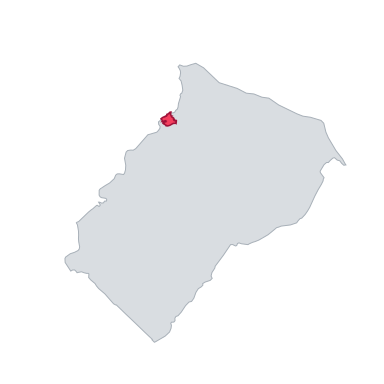 Hohoe Municipal, Volta, Ghana (highlighted), rotated 224°
{"feature_id": "2480657B20464126159243", "entity_name": "Hohoe Municipal", "entity_type": "district", "adm_level": 2, "iso_a3": "GHA", "parent_name": "Ghana", "parent_adm1": "Volta", "projection": "orthographic", "projection_center": [0.486, 7.154], "detail": "fine", "context": "in_parent", "style": "filled", "palette": "rose", "viewbox_px": 384, "rotation_deg": 224, "n_neighbors": 0, "source": "geoboundaries", "source_scale": "gbopen_adm2", "svg_char_len": 5521}
<svg xmlns="http://www.w3.org/2000/svg" viewBox="0 0 384 384"><g transform="rotate(224 192 192)"><path d="M234.3,53.2L237.1,55.8L237.7,57.3L236.7,63.0L234.6,67.0L233.3,70.8L233.5,72.6L234.7,74.5L238.9,77.5L241.1,79.4L243.7,82.3L246.6,85.1L251.6,88.8L253.8,89.5L253.7,90.5L253.0,91.9L252.5,105.6L252.1,109.2L251.7,111.0L251.3,116.1L250.7,116.8L249.8,116.8L248.9,117.0L248.7,118.0L249.0,119.0L252.1,119.8L251.4,120.5L249.2,121.3L248.1,122.8L248.6,124.6L247.3,126.0L247.7,126.9L248.5,127.6L249.8,127.4L253.3,125.0L254.8,124.7L256.6,125.2L260.0,128.8L260.2,130.6L258.8,136.7L257.5,141.3L257.2,147.6L258.6,151.1L258.4,153.0L256.9,154.6L253.4,157.0L253.6,158.7L255.2,161.7L258.2,165.2L264.0,169.4L267.1,174.9L267.1,177.1L265.4,179.4L263.3,181.3L262.6,184.1L263.5,202.5L258.9,210.5L258.9,212.8L259.3,215.5L260.6,217.1L262.9,217.5L264.8,219.1L264.2,224.7L263.1,230.4L263.0,233.2L262.4,234.5L260.6,235.6L259.9,237.4L260.4,239.6L260.1,241.3L261.0,243.4L263.1,246.1L266.5,252.7L267.8,253.2L268.4,254.6L268.0,255.9L269.3,258.8L273.1,261.8L277.0,264.3L280.2,264.7L281.0,267.0L283.1,269.9L284.6,271.1L287.0,272.0L289.0,272.4L289.1,274.9L285.5,276.5L283.1,279.1L281.2,282.9L278.7,287.2L269.9,289.4L266.5,289.4L248.4,289.5L231.4,297.9L221.6,300.8L215.6,305.5L207.5,308.8L201.9,312.9L190.2,314.8L170.9,321.1L164.9,323.6L158.8,328.0L148.9,333.1L145.0,333.0L137.3,328.1L131.5,325.7L117.3,321.8L106.7,320.3L101.6,318.7L100.1,318.4L101.4,316.7L104.3,316.6L107.4,317.1L109.8,315.8L113.3,315.7L114.2,314.3L114.5,310.8L114.4,307.9L115.7,306.7L116.0,303.4L114.3,296.0L113.1,295.1L106.9,294.0L106.5,292.5L105.4,291.0L104.2,287.2L102.9,281.5L100.8,274.4L96.7,262.8L95.7,258.7L95.0,254.5L94.9,249.5L95.8,247.7L95.7,245.1L95.3,242.5L98.3,236.7L104.1,229.5L105.3,226.9L106.4,225.1L106.6,222.5L107.6,214.1L110.5,203.9L112.2,200.1L113.4,198.0L114.8,194.6L115.2,193.0L120.5,189.1L122.9,188.0L123.5,186.5L122.7,184.7L123.0,183.6L124.3,183.0L126.2,182.5L127.7,180.9L125.5,168.4L123.9,155.8L123.8,154.8L122.7,153.0L121.7,147.9L119.9,144.8L117.5,143.9L117.5,141.1L120.0,136.3L120.7,133.5L119.5,132.6L119.4,130.4L120.3,126.9L119.9,124.7L119.4,122.4L116.9,116.9L116.3,113.0L117.7,110.8L117.7,105.8L116.3,98.2L116.1,93.3L117.1,91.3L116.7,89.4L114.8,87.6L114.7,85.8L116.3,84.1L116.1,82.8L114.2,81.8L112.4,79.4L110.9,75.7L111.2,69.7L114.3,58.7L114.7,57.8L118.1,57.9L118.1,58.4L128.6,58.3L140.6,58.3L154.9,58.2L168.0,58.2L168.5,57.7L170.7,57.1L183.9,58.2L192.1,57.7L195.6,58.1L198.1,58.8L203.8,58.4L206.9,58.7L209.2,61.4L210.1,61.4L211.4,60.2L213.6,58.9L216.0,57.9L217.6,55.7L218.6,54.1L220.1,54.4L222.3,54.4L223.7,53.0L224.3,50.9L234.3,53.2Z" fill="#d9dde1" stroke="#a8b0b8" stroke-width="1"/><path d="M258.2,221.7L257.8,221.8L257.7,221.8L257.4,221.9L257.2,221.8L257.0,221.7L256.9,221.6L256.7,221.6L256.7,221.8L256.8,221.9L256.8,222.0L256.7,222.2L256.5,222.3L256.7,222.5L256.5,222.4L256.4,222.4L256.2,222.3L256.1,222.1L255.7,222.3L255.2,222.9L254.2,224.7L253.3,227.9L253.2,227.9L253.1,228.2L253.0,228.3L252.7,228.9L252.4,229.1L252.0,229.1L251.9,228.9L251.9,229.1L251.9,229.3L251.9,229.5L251.7,229.7L251.6,230.0L251.5,230.3L251.4,230.4L251.5,230.5L251.4,230.5L251.5,230.6L251.4,230.7L251.8,231.2L251.9,231.5L252.0,231.6L252.3,231.7L252.4,231.8L252.5,231.9L252.5,232.0L252.6,232.3L252.8,232.3L253.0,232.5L253.1,232.4L253.1,232.1L253.3,232.0L253.2,231.9L253.3,231.8L253.5,231.8L253.8,231.9L254.0,231.9L253.9,231.8L253.9,231.7L254.0,231.5L254.3,231.4L254.2,231.4L254.2,231.2L254.3,231.2L254.5,231.0L254.8,231.1L255.0,231.1L255.3,231.2L255.4,231.3L255.5,231.4L255.7,231.5L255.8,231.6L256.0,231.6L256.0,231.8L255.9,232.1L256.1,232.3L256.2,232.2L256.3,232.2L256.5,232.1L256.8,232.3L257.1,232.4L257.3,232.4L257.5,232.4L257.7,232.2L257.8,232.2L258.0,232.1L258.3,231.9L258.5,231.9L258.6,232.0L258.8,232.0L259.0,232.0L259.2,232.3L259.0,232.5L259.3,232.4L259.3,232.5L259.4,232.4L259.5,232.4L259.8,232.4L260.0,232.4L260.1,232.5L260.3,232.6L260.5,232.5L260.9,232.7L261.0,232.8L261.4,232.9L261.3,233.0L261.4,233.3L261.5,233.4L261.7,233.5L261.9,233.7L262.0,233.7L262.1,233.9L262.1,234.0L262.2,234.3L262.3,234.3L262.4,234.2L262.6,234.3L262.8,234.4L263.0,234.4L263.0,234.5L263.1,234.4L263.1,234.2L263.3,234.0L263.4,233.8L263.4,233.7L263.4,233.4L263.4,233.2L263.2,232.0L263.2,231.9L263.3,231.8L263.5,231.5L263.5,231.4L263.7,231.1L263.8,231.0L263.8,230.9L263.9,230.7L264.0,230.5L263.9,230.4L263.9,230.2L263.6,230.0L263.6,229.9L263.4,229.9L263.4,229.7L263.2,229.6L263.1,229.4L263.2,228.9L263.2,228.7L263.5,228.6L263.6,228.4L263.6,228.2L263.5,227.8L263.6,227.7L263.8,227.7L263.9,227.8L264.0,227.5L264.1,227.3L264.0,227.0L264.0,226.9L264.1,226.6L264.3,226.6L264.7,226.0L264.7,225.8L264.8,225.0L264.8,224.9L265.0,224.8L265.0,224.7L265.0,224.4L265.0,224.2L265.1,223.9L265.1,223.7L265.2,223.3L265.2,223.1L264.8,223.0L264.1,223.0L263.6,222.9L262.6,222.4L262.5,222.2L262.5,221.9L262.4,222.0L262.2,222.0L262.3,222.1L262.2,222.2L262.1,222.3L262.2,222.5L262.1,222.8L261.9,222.9L261.7,222.8L261.7,223.0L261.4,223.5L261.2,223.5L261.3,223.7L261.2,223.8L261.0,224.0L260.9,224.2L260.7,224.4L260.7,224.6L260.8,224.7L260.6,224.9L260.5,225.0L260.3,224.9L259.8,225.0L259.9,224.3L259.7,224.1L260.1,223.9L260.4,223.8L260.4,223.7L260.4,223.4L260.5,223.4L260.6,223.1L260.6,222.9L260.7,222.7L260.8,222.7L260.7,222.6L260.8,222.6L260.7,222.3L260.7,221.9L260.7,221.6L260.4,221.4L260.5,221.3L260.5,221.2L260.4,221.2L260.1,221.3L260.0,221.5L259.9,221.5L259.7,221.5L259.5,221.4L259.2,221.4L259.1,221.5L258.9,221.5L258.7,221.7L258.7,221.8L258.2,221.7Z" fill="#f43f5e" stroke="#9f1239" stroke-width="1.5"/></g></svg>